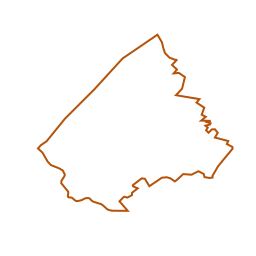 SVG path tracing the border of West Flanders, rotated 340°
{"feature_id": "BEL-3479", "entity_name": "West Flanders", "entity_type": "Province", "adm_level": 1, "iso_a3": "BEL", "parent_name": "Belgium", "parent_adm1": "", "projection": "robinson", "projection_center": [3.055, 51.038], "detail": "fine", "context": "isolated", "style": "outline", "palette": "amber", "viewbox_px": 256, "rotation_deg": 340, "n_neighbors": 0, "source": "natural_earth", "source_scale": "10m", "svg_char_len": 1393}
<svg xmlns="http://www.w3.org/2000/svg" viewBox="0 0 256 256"><g transform="rotate(340 128 128)"><path d="M59.8,179.9L58.3,179.8L55.6,179.4L54.3,178.9L53.3,177.6L51.7,174.7L50.9,173.9L48.7,173.0L48.1,172.2L48.3,171.2L49.7,168.6L49.9,167.1L46.4,157.0L47.4,154.9L51.7,151.6L52.7,150.2L52.2,145.6L49.3,142.2L42.8,136.4L41.0,132.0L39.2,121.8L36.4,116.5L40.1,114.4L47.0,112.6L71.9,97.7L109.9,80.0L146.7,60.8L187.6,50.4L189.2,59.2L188.5,64.9L188.4,70.3L191.0,76.0L195.4,79.9L196.7,80.4L196.9,80.8L190.9,83.8L194.0,89.8L189.6,92.3L194.6,93.6L198.9,99.6L192.3,109.5L184.3,113.6L205.0,125.3L201.1,127.6L206.6,135.0L201.8,140.7L204.9,144.1L199.3,146.1L208.1,149.6L204.4,149.6L207.2,151.8L206.0,152.8L201.6,152.3L203.1,154.9L200.6,156.9L202.1,160.0L206.3,158.0L209.2,158.9L210.7,163.2L206.4,166.7L217.7,174.5L215.4,176.9L219.6,181.5L219.2,183.2L207.7,189.9L199.5,194.8L191.2,201.7L190.5,203.5L188.7,203.0L187.6,202.9L183.1,200.3L183.4,197.1L179.4,192.7L171.7,193.6L164.1,190.2L155.9,193.6L153.7,194.2L150.6,189.8L147.5,187.5L142.8,186.3L128.2,190.0L128.0,189.2L126.5,181.5L123.6,180.0L113.0,183.4L112.8,184.5L116.5,188.0L109.6,190.3L108.8,192.4L103.6,193.2L101.0,191.3L99.8,191.6L94.9,194.0L98.6,203.5L99.4,205.7L84.7,200.3L81.3,198.0L80.4,196.6L77.9,192.0L76.9,190.5L70.1,185.3L68.8,183.5L68.3,182.0L67.4,180.6L65.0,179.6L63.2,179.5L59.8,179.9Z" fill="none" stroke="#b45309" stroke-width="2"/></g></svg>